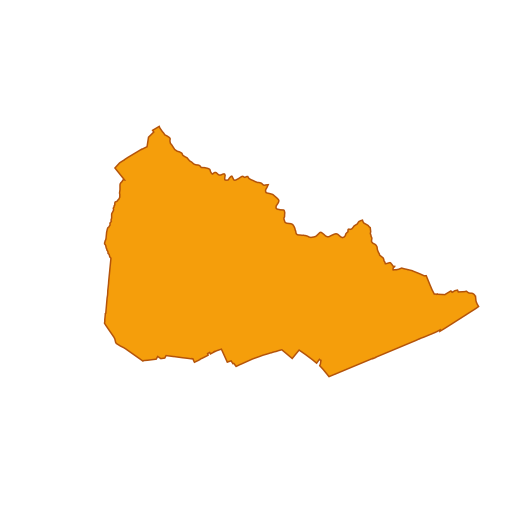 De Ronde Venen, Utrecht, Netherlands, rotated 58°
{"feature_id": "6326949B84891227552476", "entity_name": "De Ronde Venen", "entity_type": "district", "adm_level": 2, "iso_a3": "NLD", "parent_name": "Netherlands", "parent_adm1": "Utrecht", "projection": "albers", "projection_center": [4.92, 52.233], "detail": "fine", "context": "isolated", "style": "filled", "palette": "amber", "viewbox_px": 512, "rotation_deg": 58, "n_neighbors": 0, "source": "geoboundaries", "source_scale": "gbopen_adm2", "svg_char_len": 6050}
<svg xmlns="http://www.w3.org/2000/svg" viewBox="0 0 512 512"><g transform="rotate(58 256 256)"><path d="M179.5,234.5L175.7,234.1L175.4,234.3L175.3,234.6L175.3,235.3L175.7,237.0L176.7,239.1L176.6,239.8L176.4,240.2L175.9,241.1L175.3,241.8L174.9,242.0L174.7,242.0L173.4,241.3L171.3,239.5L170.9,239.4L170.1,239.2L169.7,239.3L169.3,239.8L168.9,241.1L168.8,242.2L168.6,242.8L168.4,243.6L168.0,244.1L167.1,244.8L164.5,245.5L164.1,245.7L163.5,246.3L163.3,246.8L163.2,247.4L163.5,249.2L163.4,249.6L161.9,249.9L161.1,250.0L158.2,249.3L157.0,249.8L155.9,250.7L153.8,252.8L152.1,255.3L151.5,255.6L149.7,255.8L148.7,256.4L147.9,257.2L147.2,258.2L146.4,259.0L145.5,259.7L144.7,260.1L142.3,260.8L140.3,261.8L138.8,262.1L136.2,262.4L134.4,263.5L132.1,264.6L131.6,264.7L129.7,264.4L128.7,264.8L127.0,265.8L125.5,267.2L124.9,267.5L123.1,268.3L122.6,268.5L116.7,268.6L115.2,268.9L112.9,268.1L111.1,266.7L110.2,266.6L109.6,266.7L107.1,267.8L105.0,269.1L102.5,269.2L101.0,269.5L98.7,269.6L96.4,269.7L94.8,269.4L94.6,277.1L96.7,277.0L98.3,284.2L105.6,290.5L105.0,296.5L104.8,296.5L104.8,296.9L104.5,312.7L104.6,316.5L104.8,316.8L104.7,317.0L104.7,321.4L104.8,322.5L106.6,329.0L121.8,327.2L121.2,328.0L121.1,328.3L121.1,328.7L121.2,329.0L121.8,329.9L122.3,331.9L122.9,333.0L123.7,333.7L127.7,336.2L130.3,338.4L131.5,338.8L134.0,340.4L135.1,342.2L135.3,343.3L135.9,344.7L135.9,345.4L135.6,346.6L135.7,347.1L137.0,348.2L137.8,348.6L138.4,349.9L139.1,350.3L139.3,350.6L139.8,351.7L141.2,352.2L141.6,352.5L142.6,354.0L143.5,355.7L144.1,356.3L147.3,358.3L148.7,359.9L149.9,360.3L150.1,360.7L150.6,362.0L150.7,362.4L152.3,363.3L152.6,363.7L152.9,364.5L153.4,365.4L153.5,365.8L153.5,366.3L153.6,366.8L154.3,367.7L156.7,370.1L161.4,373.7L162.6,374.8L163.0,375.6L164.8,377.6L165.6,378.0L166.5,377.8L167.4,377.9L169.9,378.8L171.2,378.9L171.9,379.3L173.4,379.2L174.3,379.5L175.4,380.1L176.8,379.7L179.3,380.5L180.7,380.2L181.3,380.4L199.2,394.2L201.3,395.7L206.9,400.1L208.0,400.8L210.4,402.5L212.8,404.6L224.9,413.7L225.1,414.5L225.6,414.7L230.3,418.3L231.0,418.6L232.7,420.1L235.6,420.1L249.7,419.5L251.6,419.7L254.9,420.8L256.2,420.8L260.5,418.7L263.9,416.6L264.8,416.2L265.1,416.0L285.1,407.6L285.0,407.4L285.2,406.6L286.9,403.3L290.6,395.3L289.1,392.6L292.6,391.1L294.2,387.5L292.8,385.0L297.6,379.2L298.0,378.6L300.1,376.1L303.1,372.5L305.8,369.1L309.6,364.5L309.4,364.4L310.1,363.9L311.4,364.3L313.5,364.5L314.0,360.2L314.1,358.5L314.0,358.4L314.0,357.0L314.2,356.0L314.7,350.3L314.7,349.1L313.1,348.8L313.2,346.4L314.9,346.6L315.2,342.4L314.9,342.3L315.0,341.5L315.3,341.5L315.5,339.6L316.2,336.5L316.7,334.7L330.8,336.6L331.7,332.7L335.1,332.6L335.2,331.9L335.4,331.7L339.1,331.4L339.4,328.9L339.5,327.6L339.8,325.9L340.1,323.7L341.5,313.4L343.1,306.2L343.8,302.7L345.2,297.8L345.9,295.0L346.3,294.1L346.5,292.9L347.0,291.2L347.6,289.6L348.2,287.0L349.2,283.8L362.1,279.6L361.3,277.2L358.6,269.3L365.6,266.3L373.9,263.1L379.0,261.4L377.3,257.1L377.6,257.1L378.9,256.2L381.7,258.6L382.8,260.1L387.6,259.2L397.0,258.0L404.6,211.9L404.7,211.2L405.0,211.3L405.5,208.2L405.3,208.1L412.3,165.4L412.6,163.1L412.6,162.9L412.8,161.2L413.0,161.1L412.9,160.8L413.2,159.1L413.7,157.0L415.8,144.2L416.0,142.4L416.2,139.1L417.3,139.9L417.4,134.6L417.3,124.2L417.0,96.9L416.8,94.0L413.8,93.9L411.5,93.5L409.9,93.0L409.9,92.9L406.5,91.2L406.4,91.4L405.0,91.3L403.9,91.5L402.6,92.1L401.8,92.9L401.0,94.1L400.3,94.9L399.0,95.7L397.4,96.2L397.2,96.6L396.9,97.7L393.7,103.5L391.7,103.2L390.8,105.8L390.8,108.9L390.7,109.0L389.8,108.9L388.9,109.3L388.8,115.6L388.9,116.1L388.8,116.4L388.2,117.2L384.6,122.4L384.2,122.4L384.1,123.3L383.9,123.3L382.7,125.0L377.9,124.6L372.8,123.8L362.9,122.1L362.0,123.8L358.1,126.4L352.2,130.7L351.1,131.4L349.0,133.5L348.4,134.0L348.1,134.5L347.5,134.9L345.7,136.8L343.4,138.9L342.9,141.6L342.9,142.0L342.1,143.9L342.0,144.5L341.4,145.2L340.5,147.1L340.3,147.1L339.3,146.4L338.8,145.9L338.6,145.3L338.5,144.1L338.3,143.9L337.7,144.8L337.1,145.1L336.5,145.2L335.5,145.2L333.2,145.5L332.8,145.7L332.6,145.9L332.3,146.8L331.5,149.6L331.1,150.4L329.6,150.0L327.7,150.0L326.5,149.4L325.0,149.2L320.8,150.7L319.6,150.3L317.5,150.2L315.3,149.8L314.0,149.3L312.6,148.6L311.5,148.5L310.3,148.5L309.1,148.9L307.1,150.1L306.1,150.3L305.1,150.4L304.5,150.1L302.8,148.7L302.3,148.3L301.6,148.1L300.3,148.0L299.3,147.5L297.6,147.2L296.1,145.8L292.5,144.1L291.0,144.6L289.8,144.7L289.0,145.0L285.7,146.8L285.1,147.1L283.5,147.1L282.0,146.7L281.6,148.2L281.3,150.3L281.6,151.3L282.4,152.9L282.5,153.4L282.5,156.9L283.2,158.6L283.7,160.2L283.7,160.7L283.5,161.7L282.3,163.2L282.3,163.7L282.5,164.0L282.8,164.3L283.7,164.8L284.2,165.3L284.4,166.7L284.9,168.2L285.3,168.7L285.9,169.2L286.1,169.6L286.6,171.1L286.5,171.8L286.2,173.0L284.7,174.0L281.1,175.1L280.4,175.5L279.6,176.3L279.2,177.2L278.9,178.4L278.5,181.3L278.3,183.8L277.9,184.8L277.5,185.3L275.9,186.4L273.6,187.0L271.4,187.8L270.7,188.1L270.2,188.6L270.0,189.0L270.0,189.7L270.9,193.9L271.0,195.0L270.6,196.6L269.5,199.3L269.1,199.9L268.1,200.9L266.5,201.8L264.8,203.3L264.4,203.9L263.5,204.8L262.8,206.1L262.2,206.7L260.2,209.4L259.0,210.0L258.3,210.0L257.4,209.8L255.8,209.1L254.7,209.0L253.7,208.6L252.6,208.3L250.7,208.1L248.9,208.2L248.2,208.5L247.1,209.3L244.3,212.8L243.0,213.4L242.5,213.5L239.3,212.7L238.3,211.9L238.0,211.2L237.7,210.9L235.6,209.5L234.6,208.7L233.2,208.2L232.2,208.0L231.8,208.1L231.4,208.5L229.5,211.2L228.6,211.9L227.9,212.9L227.2,213.3L226.1,213.6L225.4,213.3L224.2,212.3L223.0,209.6L222.3,208.4L221.9,207.9L221.0,207.2L220.0,207.1L218.0,207.5L212.9,209.1L212.2,209.6L210.3,211.3L208.4,213.3L207.4,213.9L205.8,213.4L205.2,212.9L204.6,212.2L203.8,210.6L202.0,207.9L201.0,209.9L200.5,211.3L200.2,211.7L199.9,212.0L198.9,212.4L197.5,212.7L196.6,213.2L195.9,213.9L195.1,214.7L194.5,215.7L194.0,216.1L192.1,217.5L190.7,218.3L188.6,219.8L186.7,220.8L186.1,220.9L184.2,220.9L183.7,221.8L183.5,223.4L183.3,224.0L181.7,224.8L181.3,225.2L181.1,225.8L181.0,227.0L181.1,229.6L180.9,232.4L180.8,233.1L180.6,233.8L180.1,234.2L179.5,234.5Z" fill="#f59e0b" stroke="#b45309" stroke-width="1.5"/></g></svg>